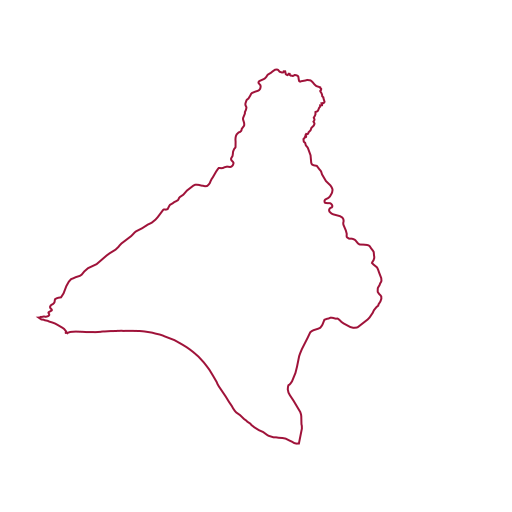 Hatu-Udo, Ainaro, East Timor, rotated 35°
{"feature_id": "22284137B3809405900530", "entity_name": "Hatu-Udo", "entity_type": "district", "adm_level": 2, "iso_a3": "TLS", "parent_name": "East Timor", "parent_adm1": "Ainaro", "projection": "orthographic", "projection_center": [125.605, -9.116], "detail": "fine", "context": "isolated", "style": "outline", "palette": "rose", "viewbox_px": 512, "rotation_deg": 35, "n_neighbors": 0, "source": "geoboundaries", "source_scale": "gbopen_adm2", "svg_char_len": 6091}
<svg xmlns="http://www.w3.org/2000/svg" viewBox="0 0 512 512"><g transform="rotate(35 256 256)"><path d="M137.3,331.4L134.6,337.6L133.4,341.1L130.1,354.1L125.4,362.3L124.2,367.1L123.9,371.3L123.1,373.3L120.5,376.7L119.1,379.1L117.8,381.0L117.4,384.4L117.9,389.4L119.8,397.0L120.0,401.7L118.1,403.5L117.1,404.8L116.2,406.5L116.4,407.3L117.4,409.3L117.5,410.5L117.2,411.9L116.5,413.2L116.2,414.4L116.5,415.9L117.6,416.7L119.3,417.0L119.8,417.4L119.8,418.0L118.4,420.9L118.5,421.5L119.1,421.9L119.8,422.2L120.4,422.8L120.5,423.4L120.3,424.3L119.3,425.7L118.4,426.6L117.5,426.9L116.7,427.4L115.8,428.5L114.5,429.5L114.2,430.4L113.3,431.1L116.5,431.1L117.2,430.8L118.2,430.1L119.8,429.8L122.5,428.6L124.3,428.3L127.3,427.3L130.0,426.6L132.5,426.3L138.5,425.8L140.6,425.8L143.7,426.7L144.0,427.8L144.3,428.1L144.6,427.9L144.9,427.3L145.8,427.4L145.9,426.8L147.3,424.9L148.2,424.1L151.7,421.3L157.4,417.6L160.7,415.6L165.8,412.0L168.0,410.6L172.0,407.4L173.3,406.1L175.6,404.4L180.2,400.7L184.7,397.5L185.3,396.9L186.5,396.1L188.5,394.5L190.1,393.6L196.1,389.3L204.0,384.0L207.5,382.0L214.8,378.4L218.2,377.2L222.3,375.5L225.3,374.6L227.0,374.3L237.4,371.7L246.6,370.8L251.4,370.5L255.2,370.5L259.6,370.7L266.5,371.4L274.2,373.1L278.8,374.5L283.0,375.9L289.6,378.8L296.1,381.8L297.8,382.9L300.3,384.1L311.8,388.5L317.3,390.9L322.3,392.8L324.5,393.9L327.4,395.0L329.5,395.5L334.2,395.5L339.7,396.4L342.3,396.4L343.9,396.7L347.5,396.6L349.3,397.1L351.9,397.2L352.6,397.3L358.3,397.0L362.8,396.1L367.5,396.2L369.3,396.1L374.3,394.5L376.5,393.0L378.8,391.9L382.1,389.9L385.0,388.6L389.8,387.9L391.8,387.5L394.6,387.3L396.7,386.5L398.7,385.0L392.6,371.1L391.0,368.9L389.7,367.7L385.0,361.3L383.8,360.0L381.7,358.4L369.7,353.0L363.6,350.6L361.0,349.3L358.5,347.0L357.3,344.9L356.9,343.9L356.7,343.1L357.2,342.2L357.4,340.6L357.4,338.0L355.4,329.2L353.1,323.2L348.8,313.3L348.0,310.5L347.0,306.0L345.2,293.3L344.2,287.4L344.7,285.7L345.6,283.9L348.7,279.8L349.8,277.9L349.9,275.0L349.7,273.6L348.6,269.0L350.2,266.7L351.4,265.5L351.9,264.6L352.6,263.6L354.5,262.6L357.3,261.6L358.6,260.5L359.7,260.4L361.7,260.6L363.8,261.0L366.4,261.0L374.0,260.1L376.7,259.1L377.7,258.4L379.5,256.9L380.2,255.9L383.9,243.9L384.3,241.2L384.2,235.4L383.9,234.1L383.7,232.5L384.0,228.6L384.6,226.6L384.1,225.3L384.0,222.0L383.2,219.1L381.8,217.3L380.5,216.8L378.7,216.5L376.5,215.7L375.9,215.1L374.4,212.8L374.1,212.0L373.9,209.0L373.4,207.2L373.3,205.4L373.0,204.4L371.3,202.3L365.8,198.6L364.2,197.4L362.4,196.3L361.5,195.9L357.0,195.6L355.0,195.2L354.8,194.4L354.7,192.0L354.0,189.8L353.3,188.8L352.4,187.9L350.8,186.0L350.1,185.2L348.8,184.6L345.6,183.6L343.7,182.8L342.8,182.7L341.6,182.9L340.4,183.4L336.9,185.4L334.6,187.0L333.7,187.2L332.3,187.2L328.3,186.1L327.3,186.1L325.8,186.4L324.5,186.9L322.3,188.4L320.0,188.5L319.4,188.3L318.8,187.7L317.6,185.8L315.0,183.6L309.9,180.4L309.1,179.7L308.4,178.7L308.0,177.6L307.4,176.7L306.5,175.8L305.5,175.3L304.5,175.0L301.9,175.2L295.3,177.6L293.5,177.9L291.8,177.7L290.7,177.5L289.9,176.9L289.4,176.2L289.2,175.3L289.2,174.6L289.6,173.6L290.2,172.7L290.2,171.9L289.7,171.1L288.8,170.5L287.7,170.2L286.6,170.2L285.5,170.8L284.6,171.5L282.6,172.6L281.8,172.8L281.1,172.3L280.5,171.6L280.3,170.7L280.4,169.9L281.9,167.1L282.2,166.0L282.4,164.8L282.1,161.3L281.8,160.1L280.8,158.0L280.0,157.2L278.5,156.3L276.5,155.5L270.3,154.5L263.3,151.3L260.8,149.4L259.7,149.0L258.4,148.7L254.1,147.3L251.5,148.5L250.3,148.8L249.5,148.9L248.9,148.7L247.8,148.0L242.9,142.2L236.6,137.8L235.7,137.4L233.4,136.8L231.3,135.1L229.7,135.0L229.3,134.7L227.8,133.0L228.0,132.2L227.8,130.3L228.4,130.4L228.7,129.9L228.5,129.3L227.9,128.8L227.2,128.5L227.1,127.2L227.7,127.0L228.3,126.6L228.5,125.8L228.1,124.5L228.6,121.8L227.9,119.3L228.5,116.0L228.1,114.2L227.6,113.7L226.0,113.0L226.0,111.8L225.7,110.8L225.2,110.3L224.0,109.6L223.8,107.3L223.5,106.1L223.3,105.6L222.8,105.0L222.1,103.9L223.2,102.4L223.4,101.4L222.7,98.2L222.9,96.8L222.1,95.8L223.6,94.6L223.0,93.7L222.1,93.3L222.7,92.6L223.6,92.1L223.8,91.1L223.7,90.4L220.8,88.1L220.2,87.4L218.7,87.2L217.4,85.8L215.7,84.8L214.3,84.3L213.9,83.8L214.1,82.9L213.9,82.3L213.5,81.7L212.7,81.7L211.9,81.0L207.9,82.2L205.4,81.9L202.9,81.2L201.1,80.9L199.9,80.9L197.0,82.4L195.7,84.0L192.6,87.1L192.2,87.8L191.6,88.0L190.9,87.9L189.7,86.8L187.9,84.9L187.4,84.6L186.2,84.6L184.9,85.0L183.8,85.6L183.3,86.9L182.8,87.5L182.0,87.7L181.1,88.3L179.8,88.3L179.1,87.5L178.2,88.0L178.4,88.7L178.0,89.8L176.9,90.0L176.0,89.9L174.0,88.0L172.8,88.8L173.1,89.4L173.0,90.0L172.0,90.8L169.7,91.5L167.3,90.9L166.5,91.1L165.7,91.6L164.7,92.6L163.6,95.6L163.2,97.2L161.7,100.6L161.6,101.3L161.7,103.5L161.4,105.5L160.9,106.6L158.4,110.8L158.3,111.7L158.4,112.3L159.0,112.9L161.7,113.6L162.5,114.4L162.9,115.1L163.5,116.6L163.4,118.3L162.8,119.6L161.1,121.8L159.2,124.8L159.0,126.0L159.3,127.9L159.5,131.4L158.9,133.2L158.9,133.9L159.8,137.0L160.4,138.0L161.0,138.6L162.6,139.5L163.1,140.0L163.9,142.0L164.4,144.6L165.0,145.3L165.3,146.1L166.2,150.1L166.5,150.8L167.1,151.6L169.8,153.7L170.7,154.7L171.3,155.6L171.5,156.3L171.4,160.0L171.9,161.1L172.1,162.1L171.7,163.7L170.9,164.7L170.4,167.5L170.7,169.1L171.3,170.6L172.3,172.3L173.8,174.2L176.8,178.6L176.9,179.4L176.7,180.5L177.1,182.7L177.5,184.0L178.3,185.3L179.4,187.5L179.6,190.0L179.9,190.9L181.0,191.7L183.1,192.1L184.0,192.5L184.4,193.0L184.7,193.9L184.9,194.7L184.9,195.5L184.6,196.8L184.1,197.6L183.5,198.1L181.7,199.0L181.0,199.4L179.2,201.5L178.5,202.8L177.2,204.0L175.5,204.9L175.0,205.3L174.9,206.3L174.9,209.6L175.5,216.4L175.5,218.3L175.9,221.0L176.3,222.5L176.3,224.3L175.9,226.5L175.0,227.5L173.8,228.3L172.4,228.8L171.0,229.6L168.3,230.6L166.1,231.9L165.3,232.5L164.3,234.3L161.9,242.0L161.3,247.5L159.8,251.4L159.7,252.7L160.0,254.1L160.0,255.1L158.8,257.6L158.2,258.5L157.5,260.7L156.2,263.4L156.2,264.5L156.7,268.3L155.5,269.8L154.7,270.1L153.7,270.9L153.5,271.7L153.2,280.7L152.8,283.9L151.5,288.5L150.3,290.7L149.4,292.2L146.8,298.6L143.6,304.6L143.1,306.3L142.7,309.1L142.3,311.4L138.6,322.9L138.2,325.6L138.1,327.5L137.3,331.4Z" fill="none" stroke="#9f1239" stroke-width="2"/></g></svg>